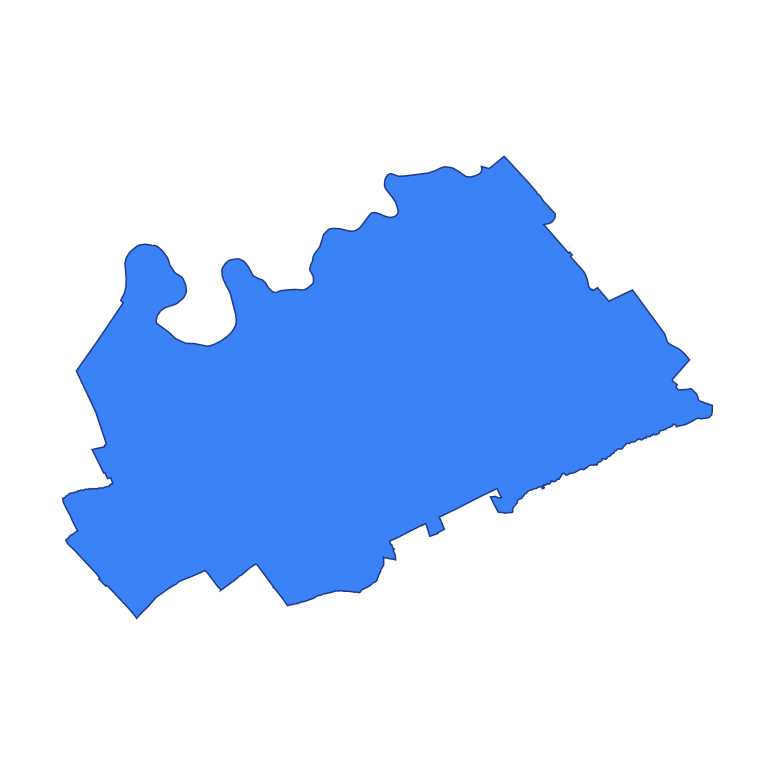 Stefanesti, Botosani, Romania (orthographic projection), rotated 267°
{"feature_id": "2599482B72313554695447", "entity_name": "Stefanesti", "entity_type": "district", "adm_level": 2, "iso_a3": "ROU", "parent_name": "Romania", "parent_adm1": "Botosani", "projection": "orthographic", "projection_center": [27.182, 47.784], "detail": "fine", "context": "isolated", "style": "filled", "palette": "blue", "viewbox_px": 768, "rotation_deg": 267, "n_neighbors": 0, "source": "geoboundaries", "source_scale": "gbopen_adm2", "svg_char_len": 6119}
<svg xmlns="http://www.w3.org/2000/svg" viewBox="0 0 768 768"><g transform="rotate(267 384 384)"><path d="M596.2,492.6L593.8,493.0L591.2,492.4L589.0,490.5L587.4,486.7L586.1,481.4L586.8,477.2L587.5,475.9L591.9,470.3L596.0,464.1L596.7,462.0L597.7,456.4L597.0,452.5L594.2,446.1L592.3,439.0L590.6,415.4L590.7,409.4L593.6,402.3L593.6,400.8L592.3,398.2L588.8,396.0L586.0,395.2L581.8,394.9L578.9,395.8L570.3,401.9L564.7,405.2L557.5,407.0L554.9,407.2L553.6,406.7L551.6,404.9L550.8,403.6L550.3,402.3L550.0,397.9L552.5,391.4L553.4,390.0L555.0,386.3L555.7,383.7L555.5,380.9L553.9,378.7L542.2,369.0L540.4,366.9L538.5,363.1L538.3,361.7L538.5,357.6L541.5,347.3L542.0,341.5L541.8,338.1L541.0,336.5L536.6,331.6L524.2,327.0L518.0,321.7L514.4,319.8L510.5,319.1L507.1,317.1L503.1,315.9L501.6,315.9L495.2,319.0L489.3,318.9L488.0,318.1L486.2,316.0L483.6,312.3L482.4,309.7L482.0,308.2L483.0,301.4L483.1,296.8L482.6,285.4L480.9,281.2L481.5,278.4L483.4,275.9L485.7,273.9L490.9,271.1L494.3,268.1L495.9,264.1L498.8,259.0L507.9,254.8L513.5,251.0L516.3,246.3L516.6,243.4L516.1,238.0L515.3,235.2L512.7,231.9L508.0,228.6L506.6,228.1L500.6,228.1L496.6,229.2L488.8,232.3L484.0,234.9L461.0,239.6L454.0,239.9L450.0,238.7L446.5,236.6L443.1,234.0L440.5,231.0L435.9,224.3L432.9,217.8L431.3,212.4L430.9,209.8L434.3,196.5L435.0,188.0L440.2,178.1L447.0,171.7L456.5,160.1L458.7,159.8L463.7,160.9L468.8,164.8L471.0,168.2L472.0,170.5L474.5,179.6L475.7,182.2L480.6,188.4L484.3,190.6L486.8,191.5L492.6,191.3L499.2,189.1L501.5,187.6L505.8,181.2L514.2,176.2L519.3,175.2L521.9,174.1L528.2,170.0L532.2,166.1L533.8,163.7L534.3,162.4L534.4,159.6L535.0,158.4L536.1,152.7L535.5,147.1L534.5,144.5L530.7,139.1L527.9,136.2L523.5,133.2L518.1,131.6L503.5,132.1L494.5,131.4L488.3,129.5L481.2,125.4L478.7,127.9L438.8,97.7L413.2,77.5L371.0,94.7L337.9,103.8L337.5,101.6L336.0,101.9L333.8,89.1L309.7,99.5L309.9,100.6L304.0,103.1L305.0,105.2L304.0,105.6L304.2,106.4L299.4,107.8L298.3,107.2L298.5,106.2L297.7,105.0L297.0,105.0L296.2,103.6L295.5,99.5L294.7,97.3L295.2,95.8L294.8,94.6L295.0,93.5L294.3,92.3L294.7,90.0L294.3,88.9L294.6,88.4L294.8,86.1L294.3,85.0L294.9,83.7L294.1,82.7L294.7,80.9L293.7,78.2L293.8,75.2L293.0,73.0L293.2,72.4L292.3,71.5L291.8,68.3L291.3,67.8L291.5,65.4L290.5,63.2L289.5,62.6L288.7,60.6L287.1,59.2L286.7,57.5L286.0,57.2L282.7,57.6L273.2,61.6L270.1,63.4L262.4,66.2L253.1,70.4L252.5,68.6L250.1,65.4L249.7,63.4L247.2,61.2L244.8,58.1L242.9,58.8L240.6,60.2L233.4,66.9L209.9,86.6L205.2,90.0L204.2,88.9L196.7,95.6L197.5,96.2L195.7,98.3L174.5,116.3L165.6,123.2L162.9,124.7L168.0,129.8L174.3,137.0L182.7,145.1L190.7,157.5L195.2,166.2L197.4,169.0L198.9,172.7L201.6,181.0L207.0,195.4L205.7,196.9L202.1,199.5L189.8,207.8L188.0,209.8L187.2,210.2L186.4,210.0L196.2,225.1L197.9,227.4L199.7,229.2L200.9,232.0L207.0,239.8L210.9,246.5L210.4,247.6L189.6,261.4L186.8,263.2L186.6,262.8L185.1,264.4L176.2,270.8L167.7,276.0L168.4,278.5L168.5,281.2L168.8,281.6L169.4,287.1L170.1,288.2L170.4,290.2L171.2,290.8L170.7,292.4L173.9,302.8L176.1,306.3L176.3,309.7L177.9,313.1L177.6,314.4L178.5,318.5L178.6,320.5L179.9,324.8L179.7,329.1L179.9,330.3L179.3,332.3L178.7,338.9L177.5,344.3L177.7,345.6L176.9,348.0L177.1,348.9L179.8,351.5L182.2,357.4L184.6,361.2L185.8,362.3L186.8,364.9L188.0,366.5L190.5,367.2L191.6,368.2L193.5,368.7L197.1,370.9L199.1,371.2L202.4,373.8L203.8,374.3L210.3,374.5L211.4,373.8L210.6,374.8L210.1,378.0L209.1,380.8L208.7,383.5L207.8,386.5L213.0,386.2L217.0,384.5L218.6,385.7L219.4,384.5L223.3,383.2L223.9,382.1L226.8,381.4L228.9,387.1L239.8,411.6L242.4,418.6L229.5,421.8L231.9,430.0L232.7,429.8L235.8,436.7L248.2,432.3L255.6,449.9L267.9,477.4L273.6,491.3L264.4,495.3L264.3,492.4L265.9,489.3L265.7,484.3L250.0,491.3L249.3,496.3L248.6,498.3L249.1,501.0L248.9,504.9L249.7,506.0L251.3,505.8L254.4,506.9L257.9,510.5L261.1,511.3L262.0,512.9L262.5,515.6L263.6,515.7L264.8,517.5L267.0,518.8L267.4,520.6L268.7,521.2L270.0,523.3L270.7,526.4L271.3,527.2L271.8,531.1L272.9,532.1L273.0,534.8L273.5,536.8L271.4,536.4L271.1,536.7L271.4,538.0L272.2,538.7L273.4,537.8L274.8,537.9L275.0,538.2L274.4,539.4L275.3,541.4L276.1,542.0L275.3,543.3L276.2,544.8L277.2,544.9L277.4,545.7L278.3,545.9L278.0,546.6L278.4,547.5L277.5,548.0L277.5,548.5L278.5,551.3L279.9,551.9L279.8,554.0L285.3,557.6L285.0,558.3L285.3,559.5L283.7,560.6L283.5,562.4L285.0,565.0L285.1,567.5L285.8,570.4L286.9,571.9L287.0,572.9L287.9,574.1L288.5,575.7L288.6,577.6L287.9,578.9L288.0,579.4L289.2,580.5L289.8,582.4L292.0,584.6L292.3,586.9L292.0,589.5L292.7,590.5L291.8,591.9L292.5,592.9L294.2,593.1L295.2,596.4L295.9,596.9L296.1,597.6L296.6,597.9L297.9,597.7L298.0,598.7L297.2,601.4L298.0,602.6L299.6,603.6L300.2,605.9L301.0,607.0L302.1,607.1L302.5,609.2L303.0,609.8L305.0,611.1L305.2,612.3L307.0,613.7L306.6,617.2L306.9,618.6L308.3,619.3L312.1,623.4L312.3,623.9L311.6,626.0L312.4,626.6L313.0,628.2L313.0,630.1L313.4,631.6L315.4,634.7L315.8,636.0L315.4,637.3L314.8,637.7L314.6,638.4L316.3,641.3L316.4,642.5L316.8,641.9L317.2,642.5L317.8,644.6L317.4,646.7L318.5,647.3L318.7,648.0L318.4,648.8L319.9,650.4L319.8,651.1L319.1,651.6L319.3,654.0L320.7,656.3L322.8,656.9L322.8,658.0L323.3,659.0L323.2,659.8L323.9,661.3L323.6,662.4L324.3,662.6L324.7,664.0L325.7,664.9L325.7,666.3L326.1,667.8L326.5,668.2L326.6,669.2L328.9,671.0L328.3,671.7L328.3,673.0L326.0,674.0L327.0,677.6L327.2,680.4L327.8,683.0L330.0,688.5L333.3,694.7L333.3,696.2L332.7,699.0L333.3,706.4L335.8,709.6L339.8,710.4L345.5,710.8L346.2,708.6L347.6,705.8L348.0,704.0L349.7,700.6L350.5,698.0L352.0,697.1L354.6,696.8L357.9,695.4L362.9,690.9L363.2,689.6L362.8,687.0L362.6,677.7L364.9,676.0L366.0,675.4L368.0,676.9L371.3,672.8L373.5,672.2L392.1,690.4L397.9,686.1L401.7,682.6L404.0,679.5L408.5,671.9L410.3,669.9L411.6,669.0L419.2,667.0L464.9,637.0L455.5,614.2L454.6,613.1L469.0,602.2L466.3,597.7L467.7,596.5L467.2,595.8L470.3,593.6L478.4,592.3L484.2,590.2L486.2,589.0L501.5,576.8L503.0,578.7L506.1,576.2L505.3,575.0L534.8,551.9L535.8,557.6L536.3,559.1L537.5,560.8L541.1,563.5L544.9,563.9L557.9,553.1L563.3,549.9L565.5,548.0L565.6,547.2L567.6,546.4L576.9,539.4L605.1,515.9L595.4,503.0L593.7,499.9L596.2,492.6Z" fill="#3b82f6" stroke="#1e3a8a" stroke-width="1.5"/></g></svg>